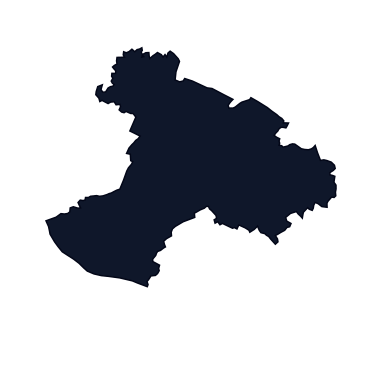 Marechal Cândido Rondon, Paraná, Brazil, rotated 296°
{"feature_id": "56859067B82748474938572", "entity_name": "Marechal Cândido Rondon", "entity_type": "district", "adm_level": 2, "iso_a3": "BRA", "parent_name": "Brazil", "parent_adm1": "Paraná", "projection": "orthographic", "projection_center": [-54.123, -24.589], "detail": "fine", "context": "isolated", "style": "filled", "palette": "ink", "viewbox_px": 384, "rotation_deg": 296, "n_neighbors": 0, "source": "geoboundaries", "source_scale": "gbopen_adm2", "svg_char_len": 3748}
<svg xmlns="http://www.w3.org/2000/svg" viewBox="0 0 384 384"><g transform="rotate(296 192 192)"><path d="M235.8,315.1L237.5,320.1L240.9,318.3L243.0,318.2L248.6,319.7L249.4,322.1L251.6,322.9L254.7,321.0L257.9,320.1L261.3,318.4L263.0,315.3L265.5,314.5L268.7,313.5L268.5,311.1L267.9,308.4L269.8,307.4L273.3,309.5L275.9,310.4L278.5,308.3L279.9,304.1L279.4,299.4L278.7,296.4L276.7,293.6L282.4,287.5L287.8,282.3L285.2,281.6L283.1,280.4L281.0,278.1L279.6,274.6L278.8,271.3L279.5,267.1L280.1,263.4L279.3,261.2L277.4,259.1L275.5,258.1L272.3,254.3L272.9,252.3L272.2,249.7L274.3,249.4L276.0,247.9L278.3,247.5L278.3,244.0L278.9,241.0L281.5,241.4L284.5,242.4L286.4,242.4L289.0,243.5L290.0,245.3L290.8,248.3L293.0,248.5L296.3,248.5L295.1,245.8L294.1,243.7L296.2,243.3L297.5,240.4L297.8,237.3L298.7,234.3L299.1,231.8L299.7,228.1L300.9,222.8L302.1,211.4L302.6,203.6L300.3,203.3L294.6,197.4L292.7,196.2L290.0,194.9L287.4,193.7L285.5,192.2L283.6,188.4L285.7,186.5L288.7,186.9L290.7,187.4L293.2,188.2L293.4,177.6L293.8,164.6L292.2,159.9L291.9,143.8L290.8,135.7L287.9,135.4L285.6,132.6L285.3,127.7L293.0,124.9L303.9,123.5L305.7,121.2L308.3,114.8L309.0,110.6L306.4,109.5L302.2,110.2L303.7,107.5L300.6,106.8L302.0,104.2L302.2,99.8L299.5,98.5L297.4,97.2L293.5,95.6L295.4,93.9L298.4,92.1L297.0,89.5L293.8,87.2L295.4,85.0L297.5,85.2L299.6,83.7L297.4,82.1L295.9,80.2L293.0,79.1L294.0,75.4L290.6,73.9L288.3,71.9L288.1,69.1L285.1,70.1L283.6,72.2L282.1,69.5L280.1,65.6L276.8,66.7L274.2,68.5L271.7,66.7L269.5,65.8L268.5,67.8L267.5,70.3L265.1,71.3L263.5,68.0L260.8,69.0L259.5,71.0L256.3,70.8L254.9,72.7L254.5,74.9L252.4,74.5L250.9,72.5L248.7,71.0L244.0,70.5L242.6,68.0L244.2,65.3L249.0,64.4L245.4,61.1L240.2,61.9L237.3,62.9L235.5,67.2L232.9,69.5L234.9,71.0L234.7,77.8L237.1,79.4L239.0,82.5L237.1,85.5L239.2,88.9L237.3,90.4L233.9,90.5L233.0,93.7L233.5,96.2L235.5,97.4L235.7,102.4L236.7,104.7L234.7,108.7L219.6,109.4L219.6,114.2L219.5,120.9L216.2,120.2L213.7,118.8L210.5,118.1L208.1,117.2L203.8,116.1L201.3,116.2L198.0,116.3L198.9,120.0L193.3,123.2L193.3,125.4L190.5,125.5L186.0,124.3L182.3,124.2L172.4,125.3L162.9,125.9L160.7,123.6L158.2,121.7L155.7,119.9L154.2,118.2L152.6,116.9L149.5,113.7L147.6,110.8L146.9,107.8L145.3,105.3L143.7,102.7L141.7,101.4L140.4,98.7L138.0,99.4L136.6,98.0L135.7,95.1L132.6,94.2L130.6,96.6L128.9,98.8L127.5,96.7L126.7,91.8L124.3,89.5L120.6,90.9L118.2,89.7L116.3,87.0L115.1,83.7L109.8,80.9L102.1,73.4L98.1,78.2L94.5,81.0L91.9,82.9L87.0,90.3L84.3,95.4L83.4,97.3L81.4,101.6L80.7,107.2L79.8,114.9L78.4,121.8L77.0,125.9L76.2,128.3L75.0,132.6L75.4,139.8L77.1,147.1L79.6,154.0L83.1,164.6L86.0,177.4L86.3,182.7L87.3,193.3L89.5,193.1L91.8,190.8L94.2,191.4L98.6,191.9L101.0,195.7L103.6,196.8L106.9,197.0L108.7,195.5L112.0,194.9L112.3,187.2L114.5,186.1L119.1,187.2L121.4,186.9L123.5,187.1L125.7,189.3L129.2,191.0L131.0,192.2L132.8,190.2L135.3,188.1L139.0,189.6L143.6,192.8L146.8,190.9L150.3,190.6L153.8,192.1L158.2,195.0L161.4,197.1L170.4,205.6L174.0,203.4L176.2,205.0L179.5,207.2L182.9,210.2L185.4,211.2L186.3,213.1L184.5,215.2L183.9,217.7L181.4,224.0L179.0,225.6L176.7,224.1L174.1,226.4L176.6,228.2L174.8,231.5L177.1,233.1L177.2,244.3L178.6,245.7L178.5,248.6L182.9,248.5L183.1,255.5L182.6,260.0L181.2,261.6L183.0,262.7L185.6,264.3L190.1,265.9L188.5,267.6L186.9,269.5L185.7,271.8L186.5,275.8L185.8,277.8L185.6,280.5L184.2,283.3L181.6,289.8L184.9,291.1L187.3,289.4L189.4,286.0L191.9,287.8L194.6,289.5L198.2,292.1L201.8,292.9L203.6,295.0L207.1,294.8L207.4,289.9L210.2,287.3L215.9,289.9L220.2,294.4L218.8,297.1L217.9,300.2L216.9,302.6L220.2,301.6L222.6,301.0L228.6,302.8L227.9,304.9L228.2,308.1L230.6,308.1L233.5,307.2L236.6,307.2L236.8,310.5L235.8,315.1ZM293.8,87.2L292.5,89.3L291.2,87.7L293.8,87.2Z" fill="#0f172a" stroke="#020617" stroke-width="1.5"/></g></svg>